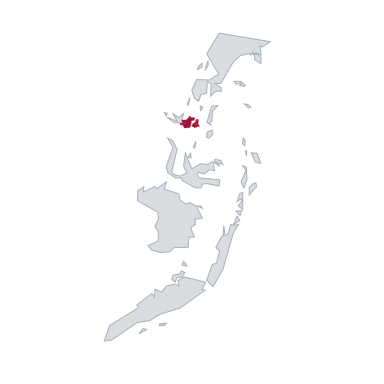 location of Halmahera Selatan, Maluku Utara, Indonesia, rotated 279°
{"feature_id": "22746128B2838702785556", "entity_name": "Halmahera Selatan", "entity_type": "district", "adm_level": 2, "iso_a3": "IDN", "parent_name": "Indonesia", "parent_adm1": "Maluku Utara", "projection": "robinson", "projection_center": [127.53, -0.746], "detail": "fine", "context": "in_parent", "style": "filled", "palette": "rose", "viewbox_px": 384, "rotation_deg": 279, "n_neighbors": 0, "source": "geoboundaries", "source_scale": "gbopen_adm2", "svg_char_len": 8777}
<svg xmlns="http://www.w3.org/2000/svg" viewBox="0 0 384 384"><g transform="rotate(279 192 192)"><path d="M132.2,156.9L138.3,166.2L147.5,165.0L152.2,160.6L160.3,163.2L166.6,161.5L174.9,139.6L184.9,138.4L189.6,143.6L184.5,144.1L191.6,154.6L189.7,156.9L198.1,165.2L190.5,164.3L188.1,179.2L182.3,181.4L179.0,187.3L181.1,191.4L178.9,198.0L167.9,206.3L165.4,198.9L160.9,200.6L156.2,196.5L147.9,201.4L146.8,196.1L136.6,196.7L134.6,183.2L129.5,179.5L127.3,170.2L128.3,161.1L132.2,156.9ZM31.0,128.6L47.2,131.5L68.0,155.6L70.6,157.5L71.7,155.0L85.6,168.4L82.2,171.3L90.1,170.8L88.5,177.7L95.0,181.3L98.5,189.8L97.1,193.8L102.4,192.1L107.0,197.9L105.0,219.5L97.2,217.1L97.0,220.2L75.5,198.3L66.4,179.7L58.3,170.3L54.4,158.2L33.3,135.8L31.0,128.6ZM353.0,193.9L352.7,245.8L346.0,238.5L346.8,236.3L338.1,238.8L339.6,233.6L337.2,230.9L338.0,230.5L339.4,230.7L340.2,230.5L336.2,228.4L338.0,227.8L334.4,218.4L327.0,212.5L303.7,203.5L302.8,197.4L299.7,204.2L296.2,205.4L295.1,199.4L289.6,195.3L301.8,194.0L303.4,189.8L292.0,191.0L289.3,185.5L282.7,184.4L284.6,179.9L292.6,175.9L303.7,179.0L305.3,191.5L312.7,199.9L330.7,184.9L353.0,193.9ZM239.7,165.1L231.7,170.6L209.3,168.8L206.6,170.9L205.7,177.5L209.9,184.0L216.3,179.7L229.4,179.3L214.8,188.1L221.4,196.3L221.1,202.0L225.5,208.1L216.5,211.0L216.7,205.7L211.6,201.2L212.7,195.0L209.9,194.4L207.1,196.6L208.3,217.7L202.2,217.8L202.6,205.3L201.5,201.1L197.3,200.2L196.7,194.8L201.8,180.3L204.1,179.9L203.3,173.8L207.1,165.3L212.9,162.5L232.9,166.3L241.3,159.6L239.7,165.1ZM107.3,220.3L123.2,223.2L125.7,227.3L138.0,228.5L140.9,224.3L152.9,228.3L156.3,234.2L166.1,235.3L166.0,240.1L167.4,243.1L158.0,239.2L120.5,234.7L101.7,227.6L107.3,220.3ZM259.7,166.3L266.5,160.5L263.5,167.2L268.0,171.3L260.8,170.7L264.6,180.2L259.5,175.0L257.6,164.0L261.9,155.5L259.7,166.3ZM263.0,195.9L279.7,198.0L281.4,203.8L274.6,199.6L265.3,200.6L262.6,198.3L260.9,201.0L263.0,195.9ZM225.0,241.8L212.7,244.4L204.1,242.5L209.7,238.8L221.7,241.9L225.9,237.8L225.0,241.8ZM189.6,238.1L197.9,239.3L199.3,242.2L182.9,244.9L185.5,239.8L191.2,242.7L193.0,241.6L189.6,238.1ZM240.0,244.4L240.3,250.2L231.1,255.4L231.5,249.8L240.0,244.4ZM106.9,186.4L109.2,192.7L112.4,193.6L111.3,197.6L106.6,195.6L105.1,190.5L100.5,189.4L102.8,185.6L106.9,186.4ZM335.6,239.1L329.4,240.0L332.5,233.4L337.3,232.0L338.9,234.5L335.6,239.1ZM205.5,247.9L209.4,250.6L211.1,253.7L207.3,254.8L198.1,249.0L205.5,247.9ZM253.6,197.7L256.2,202.1L252.4,203.6L247.9,200.4L248.2,197.8L253.6,197.7ZM166.5,238.2L175.2,240.2L171.3,243.7L166.5,238.2ZM180.1,238.5L181.5,244.0L176.3,243.2L180.1,238.5ZM122.2,194.6L118.0,198.7L118.4,193.5L122.2,194.6ZM307.9,216.4L308.9,223.3L306.9,223.6L305.3,218.6L307.9,216.4ZM163.7,228.6L157.1,230.7L154.2,229.5L163.7,228.6ZM227.7,209.4L227.7,215.6L223.9,218.3L225.4,209.9L227.7,209.4ZM43.7,161.7L49.7,165.3L48.9,168.6L43.7,161.7ZM58.4,187.2L56.0,185.9L54.9,180.8L56.7,180.7L58.4,187.2ZM285.0,236.9L283.7,234.4L287.2,229.8L287.1,233.9L285.0,236.9ZM278.3,173.6L285.2,175.4L277.4,174.7L278.3,173.6ZM236.4,186.3L242.7,188.0L235.8,187.9L236.4,186.3ZM224.7,212.4L221.4,215.5L224.3,209.9L224.7,212.4ZM313.7,178.3L317.3,178.9L320.7,181.8L317.4,182.5L313.7,178.3ZM253.2,234.3L250.9,236.5L246.1,236.8L247.4,234.2L253.2,234.3ZM307.6,224.5L306.1,227.7L304.5,227.6L304.6,222.5L307.6,224.5ZM262.7,186.3L258.5,186.9L257.4,185.7L259.1,183.7L262.7,186.3ZM314.3,185.8L319.4,186.3L324.3,187.4L319.6,188.2L314.3,185.8ZM225.7,182.5L230.0,184.6L225.6,185.7L225.7,182.5ZM266.0,155.3L263.2,154.7L265.9,152.3L266.0,155.3ZM236.2,240.2L240.9,238.3L241.5,239.5L236.2,240.2ZM278.2,186.6L277.5,189.4L273.9,188.0L275.7,187.1L278.2,186.6ZM179.4,203.1L177.5,205.0L179.0,199.0L179.4,203.1ZM258.6,175.6L260.8,179.5L259.9,180.1L256.7,177.1L258.6,175.6Z" fill="#d9dde1" stroke="#a8b0b8" stroke-width="1"/><path d="M259.1,183.7L258.2,184.4L258.1,184.7L257.7,184.4L257.7,184.5L257.5,184.9L257.6,185.0L257.4,185.2L257.5,185.6L257.3,186.0L257.5,186.3L258.1,186.8L258.8,186.9L259.2,186.9L259.6,186.5L260.3,186.6L260.8,186.5L261.5,186.6L261.8,186.8L262.3,186.8L262.7,186.5L262.8,185.9L262.5,185.6L262.3,185.7L262.1,185.7L261.7,185.3L261.2,184.6L260.9,184.4L260.8,184.5L260.5,184.5L260.2,184.3L260.2,184.0L259.9,183.9L259.6,183.7L259.5,183.9L259.3,183.7L259.3,183.8L259.1,183.7ZM259.5,173.1L259.5,173.9L259.3,174.8L259.4,175.0L259.9,175.6L260.7,176.0L261.6,178.4L262.1,178.8L262.7,179.0L263.2,179.2L263.3,179.0L263.2,179.2L263.4,179.2L263.2,179.3L263.6,179.7L263.3,179.6L263.2,179.8L263.5,180.0L263.9,180.0L264.1,180.2L264.3,180.1L264.8,180.4L264.7,180.1L264.3,179.9L263.1,178.6L262.0,176.4L261.5,175.2L261.3,173.9L260.9,173.1L260.8,172.4L261.1,172.2L261.1,171.6L260.9,171.7L260.8,172.0L260.6,172.0L260.1,171.8L260.2,172.6L260.3,172.8L260.0,173.0L260.0,172.9L259.8,172.9L259.5,173.1ZM258.3,175.5L258.0,175.8L258.0,176.2L257.8,176.4L257.6,176.3L257.5,175.9L257.2,175.6L257.0,175.8L256.8,175.7L257.0,176.1L256.6,176.7L256.7,177.2L257.1,177.5L257.3,177.8L257.5,178.0L257.5,177.9L257.7,178.1L258.0,178.1L257.7,178.9L257.8,179.6L259.0,179.0L259.2,179.5L259.4,179.6L259.4,179.8L259.9,179.9L259.7,180.0L260.4,179.9L260.7,179.7L260.8,179.4L261.0,179.3L260.9,179.2L260.7,179.1L260.7,178.8L260.2,178.5L259.6,178.6L259.4,178.7L259.2,178.6L259.1,178.1L258.8,178.1L258.8,177.8L259.5,176.7L259.1,176.3L258.9,176.4L258.9,176.1L258.6,175.6L258.4,175.6L258.3,175.5ZM256.3,175.0L255.8,175.2L255.6,175.1L255.4,175.3L255.6,175.6L255.5,175.9L255.4,176.2L255.4,176.3L255.3,176.5L255.7,176.8L255.4,176.9L255.6,177.3L256.2,177.1L256.4,177.0L256.4,176.8L256.5,176.7L256.4,176.3L256.6,176.2L256.3,175.6L256.4,175.4L256.7,175.4L256.7,175.2L256.4,175.3L256.3,175.0ZM256.3,177.9L255.9,178.0L256.1,178.1L256.1,178.4L255.9,178.5L255.7,179.0L256.0,179.3L256.3,179.2L256.8,179.4L256.7,178.9L256.6,178.6L256.4,178.2L256.5,178.0L256.3,177.9ZM258.5,182.5L258.2,182.5L258.0,182.8L257.9,183.1L258.1,183.2L258.5,183.0L259.1,183.3L259.5,183.3L259.5,182.8L258.8,182.7L258.5,182.5ZM257.5,170.1L257.2,170.2L257.0,170.4L257.3,170.8L257.6,170.8L257.7,170.5L257.5,170.1ZM257.8,172.0L257.6,172.0L257.4,173.0L257.6,172.9L257.7,173.0L257.9,173.4L257.9,172.5L257.7,172.5L257.7,172.2L257.8,172.0ZM257.1,183.9L257.0,184.1L256.8,184.0L256.6,184.3L256.9,184.7L257.4,184.3L257.2,184.1L257.3,184.0L257.2,184.1L257.1,183.9ZM263.9,180.5L264.0,180.8L264.0,181.2L264.2,181.4L264.6,181.3L264.5,181.0L264.2,181.0L263.9,180.5ZM257.3,177.9L256.9,177.9L257.0,178.3L257.5,178.3L257.3,177.9ZM264.1,185.8L263.8,185.9L263.7,186.2L263.9,186.4L264.2,186.2L264.1,185.8ZM256.5,173.6L256.3,173.7L256.2,173.9L256.0,174.0L256.4,174.1L256.5,173.6ZM257.7,182.5L257.5,182.1L257.4,182.2L257.6,182.8L257.7,182.5ZM264.3,181.7L264.1,181.8L264.2,182.0L264.5,181.8L264.6,182.0L264.8,182.1L264.5,181.7L264.3,181.7ZM255.5,174.5L255.2,174.8L255.2,175.1L255.5,174.9L255.5,174.7L255.5,174.5ZM255.0,174.9L254.9,175.0L254.9,175.3L254.8,175.1L254.7,175.2L254.8,175.4L255.2,175.1L255.0,174.9ZM259.1,187.6L258.7,187.7L258.6,187.9L258.8,187.8L259.1,187.8L259.1,187.6ZM257.5,173.2L257.4,173.6L257.5,173.9L257.5,173.5L257.6,173.4L257.5,173.2ZM264.5,177.5L264.2,177.3L264.3,177.5L264.1,177.4L264.5,177.5ZM259.8,175.7L259.8,176.0L259.7,176.2L259.9,176.0L259.8,175.7ZM257.5,185.0L257.3,185.0L257.2,185.2L257.4,185.2L257.5,185.0ZM257.6,183.6L257.2,183.6L257.5,183.7L257.6,183.6ZM256.6,177.0L256.6,177.3L256.6,177.1L256.6,177.0ZM256.9,178.0L256.9,178.3L256.9,178.1L256.9,178.0ZM262.3,179.7L262.2,179.8L262.4,179.9L262.3,179.7ZM264.5,177.5L264.6,177.8L264.7,177.6L264.5,177.5ZM264.0,181.3L264.1,181.5L264.2,181.4L264.0,181.3ZM263.4,181.4L263.2,181.3L263.2,181.5L263.3,181.6L263.3,181.4L263.4,181.4ZM265.8,178.1L265.7,178.1L265.8,178.1L265.8,178.3L265.9,178.2L265.8,178.1ZM255.5,172.0L255.4,172.0L255.5,172.0L255.5,172.0ZM256.9,178.3L256.8,178.1L256.7,178.1L256.9,178.3ZM265.3,177.9L265.1,177.9L265.3,178.0L265.3,177.9ZM264.5,182.2L264.2,182.1L264.5,182.3L264.5,182.2ZM258.6,175.5L258.4,175.5L258.6,175.5L258.6,175.5ZM256.4,177.1L256.5,177.3L256.4,177.1ZM256.3,177.5L256.2,177.3L256.3,177.5L256.3,177.5ZM256.7,175.8L256.6,175.7L256.6,175.8L256.7,175.8ZM255.9,173.2L255.7,173.2L256.0,173.3L255.9,173.2ZM264.5,182.1L264.4,182.0L264.5,182.1ZM262.4,185.5L262.2,185.6L262.3,185.7L262.4,185.5ZM264.1,181.9L264.0,182.0L264.1,181.9ZM257.5,175.8L257.4,175.6L257.4,175.8L257.5,175.8ZM259.8,176.4L259.7,176.4L259.8,176.5L259.8,176.4ZM264.7,182.3L264.6,182.2L264.5,182.3L264.7,182.3ZM256.8,174.9L256.7,174.9L256.7,175.0L256.8,174.9ZM264.0,177.5L263.9,177.4L263.9,177.5L264.0,177.5L264.0,177.5ZM255.7,179.1L255.9,179.3L255.7,179.1ZM256.1,171.9L256.0,172.0L256.1,171.9ZM262.0,185.3L261.9,185.3L262.0,185.3L262.0,185.3ZM260.7,184.4L260.8,184.4L260.7,184.4ZM262.5,179.9L262.4,179.9L262.5,179.9ZM257.7,173.8L257.7,173.7L257.7,173.8ZM257.9,173.5L257.9,173.4L257.8,173.5L257.9,173.5Z" fill="#f43f5e" stroke="#9f1239" stroke-width="1.5"/></g></svg>